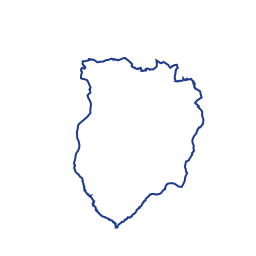 outline of Vurpar, Sibiu, Romania, rotated 227°
{"feature_id": "2599482B26098957390295", "entity_name": "Vurpar", "entity_type": "district", "adm_level": 2, "iso_a3": "ROU", "parent_name": "Romania", "parent_adm1": "Sibiu", "projection": "mercator", "projection_center": [24.329, 45.907], "detail": "fine", "context": "isolated", "style": "outline", "palette": "blue", "viewbox_px": 256, "rotation_deg": 227, "n_neighbors": 0, "source": "geoboundaries", "source_scale": "gbopen_adm2", "svg_char_len": 5737}
<svg xmlns="http://www.w3.org/2000/svg" viewBox="0 0 256 256"><g transform="rotate(227 128 128)"><path d="M158.0,194.9L155.1,192.8L153.5,191.0L153.3,190.0L153.6,188.1L153.5,186.6L155.1,185.0L155.8,183.6L156.7,183.6L158.0,182.9L158.8,181.9L159.0,181.3L158.9,181.0L158.0,180.7L157.8,180.5L158.3,179.8L159.0,179.2L159.1,178.6L159.7,177.5L160.6,176.9L161.2,177.4L161.3,177.1L161.6,177.4L163.2,178.3L163.7,177.9L164.1,176.7L164.0,176.1L164.0,175.6L165.0,175.3L165.5,174.5L167.2,174.2L167.2,173.9L167.7,173.9L168.3,173.4L170.2,172.8L171.0,173.0L171.3,174.0L171.9,174.6L172.9,174.6L173.5,174.4L174.3,174.5L177.4,174.3L178.0,174.0L179.4,173.9L179.6,173.7L181.1,173.7L181.9,172.8L182.3,172.0L182.8,170.3L183.5,169.0L183.9,167.6L184.4,167.2L184.4,166.8L184.8,166.6L185.7,166.3L185.9,165.7L187.9,164.8L187.9,164.3L188.2,164.5L188.7,164.0L188.7,163.6L190.0,163.2L191.6,159.3L192.4,158.7L192.8,157.9L192.9,156.6L193.3,156.2L193.5,155.0L195.2,153.3L196.8,150.6L197.2,150.3L200.3,149.8L201.6,149.2L202.0,149.0L202.3,148.3L203.4,147.9L203.7,147.0L204.1,147.2L204.7,147.0L205.1,146.6L205.1,146.3L204.9,146.0L204.2,145.8L205.7,142.7L206.9,141.2L207.7,140.4L205.8,138.4L203.9,138.4L203.7,138.0L203.4,138.0L202.6,138.3L202.0,138.3L201.3,138.0L201.1,137.7L201.0,137.1L201.2,136.6L202.2,135.8L202.9,135.8L203.3,135.3L203.0,133.9L202.7,133.4L201.9,133.0L201.6,132.6L200.6,132.6L200.2,132.4L199.7,131.7L199.4,131.0L198.6,129.8L197.5,128.5L196.5,127.6L196.0,127.9L195.5,127.9L194.5,128.4L194.4,128.8L193.2,129.6L190.8,130.7L188.0,130.0L186.3,129.2L183.3,128.4L182.9,127.7L182.9,127.2L182.4,126.8L182.4,126.1L181.8,126.2L181.4,126.0L179.4,124.4L179.6,122.9L179.5,120.6L177.1,119.5L173.5,118.6L172.5,118.0L171.7,117.9L169.9,116.4L167.6,113.4L164.8,110.9L164.5,110.4L164.1,107.0L163.9,106.2L164.2,98.9L164.4,95.8L164.2,94.4L163.7,93.0L161.4,90.3L160.8,89.3L160.4,88.4L155.1,83.9L152.4,83.1L150.1,81.7L148.4,80.6L147.0,79.0L145.7,76.6L144.5,72.2L141.6,68.6L139.5,65.2L139.1,64.3L138.7,64.1L137.7,64.1L136.7,63.7L136.3,63.2L136.4,62.4L134.9,61.0L134.1,61.0L133.5,60.5L132.9,60.4L131.9,59.8L127.9,59.9L127.6,60.2L124.9,59.6L123.4,60.2L122.3,60.1L120.8,59.3L120.7,58.9L120.3,58.6L120.1,58.7L119.6,58.4L118.8,57.8L117.7,57.5L117.4,57.2L116.8,56.8L116.8,56.7L116.2,56.6L115.0,56.1L114.9,55.8L114.4,55.6L114.3,55.1L113.9,55.0L113.9,54.9L112.7,54.0L112.1,54.3L111.8,53.8L111.5,54.2L110.4,53.5L110.0,53.6L109.6,53.3L108.7,53.4L107.6,53.1L107.3,53.3L106.8,53.1L106.6,53.2L106.4,53.6L106.1,53.3L105.0,53.4L104.8,53.7L104.5,53.4L104.2,53.4L103.8,54.3L103.7,53.8L103.4,53.6L102.5,53.9L101.6,53.8L101.1,53.5L98.8,53.3L98.3,53.0L97.4,53.3L96.9,52.3L97.1,51.8L96.7,51.4L96.9,50.8L96.1,50.5L96.0,50.1L95.3,50.3L95.1,49.7L94.8,49.5L93.7,50.1L92.4,50.3L91.3,49.7L90.2,48.5L89.9,48.6L89.9,48.9L89.6,49.2L89.2,48.5L88.6,48.3L87.7,48.9L87.1,48.6L86.1,48.7L85.6,48.4L85.2,48.6L83.1,48.6L82.3,48.9L81.6,48.8L80.4,49.2L79.1,50.1L78.6,50.1L77.8,50.8L77.2,50.8L75.9,51.2L75.2,51.7L74.2,52.1L73.7,51.6L71.3,53.2L69.6,52.9L69.4,53.4L68.7,53.2L68.3,53.6L67.9,53.2L67.5,53.2L66.5,53.8L65.9,53.2L65.6,52.5L64.6,51.9L63.9,52.0L63.5,52.2L63.3,51.4L62.7,52.0L62.6,52.5L63.5,52.7L63.1,53.1L63.4,53.4L63.7,55.5L63.6,56.2L63.7,56.6L63.5,57.3L63.4,58.5L63.6,59.2L63.1,59.6L63.1,60.1L62.7,60.5L62.5,61.0L62.6,62.0L63.1,63.3L62.8,63.6L62.5,63.7L62.5,64.4L62.2,64.9L62.7,65.7L62.4,66.5L62.7,67.2L61.6,67.8L61.5,68.3L61.0,68.6L61.1,69.1L61.0,69.5L61.1,69.8L60.8,70.3L61.2,70.7L61.1,71.1L61.5,71.9L61.3,72.2L61.4,73.6L61.1,74.0L61.0,74.7L61.1,76.0L61.4,77.2L62.0,78.2L62.2,78.8L61.7,80.9L62.2,81.5L61.9,81.9L62.3,82.1L62.1,82.5L62.0,85.2L62.7,86.2L62.7,87.0L63.2,87.7L63.1,88.3L63.3,88.7L63.1,89.0L63.6,89.8L63.1,91.5L63.9,92.1L63.9,93.2L64.3,94.1L63.8,95.7L64.3,97.6L64.2,99.2L63.6,99.5L63.5,100.4L62.2,101.9L61.5,102.1L60.6,103.1L59.6,103.6L59.2,104.7L58.4,105.9L57.9,107.4L57.8,108.0L58.2,109.5L58.5,112.4L57.9,113.4L58.2,113.9L59.1,114.6L59.5,115.4L59.6,115.8L60.1,116.9L60.2,118.6L60.0,119.4L58.2,122.0L56.4,123.5L55.4,124.1L51.0,125.0L50.3,125.3L48.3,127.2L50.1,132.3L50.9,133.8L52.9,136.1L54.8,140.6L56.3,140.6L59.0,142.5L59.5,142.5L61.1,143.5L63.9,147.5L63.1,149.7L63.0,150.8L63.7,152.2L63.8,153.3L64.7,156.2L64.6,156.8L65.8,157.4L66.1,158.3L66.0,159.3L66.3,159.6L66.3,160.5L66.4,160.9L68.2,161.8L70.2,163.9L71.0,164.4L72.7,164.9L74.4,166.0L76.0,168.0L76.1,168.6L76.9,170.4L77.4,173.3L77.8,174.9L78.3,175.6L78.4,176.3L79.1,176.9L79.6,178.6L79.6,179.1L79.7,179.4L79.7,179.8L80.0,180.3L79.3,180.8L79.4,183.0L79.9,184.9L79.8,185.5L82.7,188.9L86.8,190.8L87.1,191.3L87.4,191.4L87.7,191.9L89.5,193.4L91.4,193.7L95.8,193.6L95.7,194.6L98.2,194.5L100.1,194.0L100.7,194.3L101.0,197.8L100.1,202.6L100.4,202.8L102.3,203.7L105.4,205.6L106.4,205.7L107.5,205.1L108.0,205.2L111.0,204.1L111.4,204.4L111.7,204.2L111.9,204.4L112.5,204.4L113.6,204.9L113.4,205.4L114.8,206.3L114.8,206.9L114.9,207.0L115.4,206.3L116.5,207.1L116.8,206.9L116.9,207.0L116.7,207.2L117.3,207.7L117.5,207.6L117.2,206.9L118.3,207.5L119.3,207.4L121.0,207.6L121.4,206.7L122.5,204.9L122.8,204.7L123.6,204.9L123.9,204.6L123.9,204.3L123.5,203.9L123.4,203.4L123.7,202.9L124.8,202.5L124.3,202.5L124.3,202.3L124.6,202.3L125.2,202.0L126.5,202.2L126.2,201.9L125.4,201.9L125.3,201.7L125.6,201.5L125.5,201.2L125.6,200.1L126.1,199.2L126.6,198.9L126.9,198.5L127.3,197.6L127.9,197.2L127.8,196.5L128.2,196.0L128.7,195.8L130.0,194.6L130.3,195.3L131.8,195.6L132.3,196.3L133.1,196.6L133.9,197.4L135.3,199.7L136.5,200.8L136.6,201.2L137.3,201.8L137.4,202.5L138.0,202.9L138.1,203.3L138.0,205.3L138.4,205.2L138.5,205.5L139.0,205.8L140.9,206.8L141.8,205.5L142.4,204.9L142.4,204.2L142.8,202.5L143.2,202.3L143.0,201.1L143.3,199.9L146.8,200.4L150.4,199.5L152.1,199.0L152.3,198.3L152.3,197.5L153.1,196.1L158.0,194.9Z" fill="none" stroke="#1e3a8a" stroke-width="2"/></g></svg>